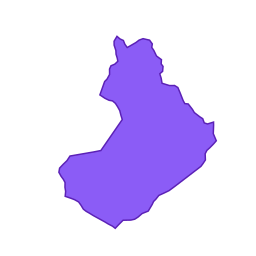 outline of Abadia de Goiás, Goiás, Brazil, rotated 70°
{"feature_id": "56859067B10262274710993", "entity_name": "Abadia de Goiás", "entity_type": "district", "adm_level": 2, "iso_a3": "BRA", "parent_name": "Brazil", "parent_adm1": "Goiás", "projection": "mercator", "projection_center": [-49.464, -16.79], "detail": "fine", "context": "isolated", "style": "filled", "palette": "violet", "viewbox_px": 256, "rotation_deg": 70, "n_neighbors": 0, "source": "geoboundaries", "source_scale": "gbopen_adm2", "svg_char_len": 1411}
<svg xmlns="http://www.w3.org/2000/svg" viewBox="0 0 256 256"><g transform="rotate(70 128 128)"><path d="M217.9,174.3L215.6,169.8L213.0,164.2L214.3,160.3L215.5,156.8L216.0,152.9L215.1,148.9L213.2,144.0L213.0,137.4L208.1,131.4L205.8,129.1L204.5,126.3L201.9,122.1L201.4,115.9L200.9,110.9L198.9,104.1L189.0,72.6L187.1,69.7L184.5,66.2L178.6,64.3L176.0,61.5L174.5,57.8L172.2,53.0L170.2,49.4L162.5,49.8L158.6,48.2L154.6,46.6L151.7,45.6L151.4,51.9L149.3,54.6L144.8,54.6L141.9,56.8L136.2,60.4L132.5,61.1L126.0,63.2L124.5,66.3L121.0,66.8L112.9,67.0L107.0,67.3L104.0,69.7L102.3,74.5L97.6,80.7L92.5,79.8L87.9,79.6L86.6,76.1L82.1,74.0L79.1,74.9L75.2,73.2L70.1,76.6L64.0,77.2L60.4,78.1L57.3,76.4L52.8,77.7L49.2,83.3L49.2,87.5L50.4,91.3L51.4,97.0L52.1,101.2L48.2,102.3L44.2,102.4L41.5,105.1L38.1,107.0L41.7,111.4L45.4,112.7L51.1,112.9L54.6,114.0L58.5,114.2L61.8,114.7L63.5,118.6L63.7,122.7L66.3,125.2L71.4,127.0L74.9,131.0L76.3,134.0L79.3,136.5L87.3,143.1L92.2,139.5L95.5,136.3L97.2,133.3L100.5,131.4L104.4,130.5L108.9,129.8L113.6,130.3L118.1,130.5L139.9,161.2L138.7,168.8L134.5,192.1L137.8,196.5L139.9,201.2L142.3,206.0L146.0,208.1L150.4,207.4L154.2,206.3L157.7,205.8L162.1,207.5L166.3,208.3L170.7,210.4L174.5,205.7L177.1,202.7L180.6,199.7L184.5,198.6L189.0,197.7L192.0,195.8L194.7,193.5L198.6,190.4L203.5,186.1L208.3,181.9L211.3,179.5L215.0,176.1L217.9,174.3Z" fill="#8b5cf6" stroke="#5b21b6" stroke-width="1.5"/></g></svg>